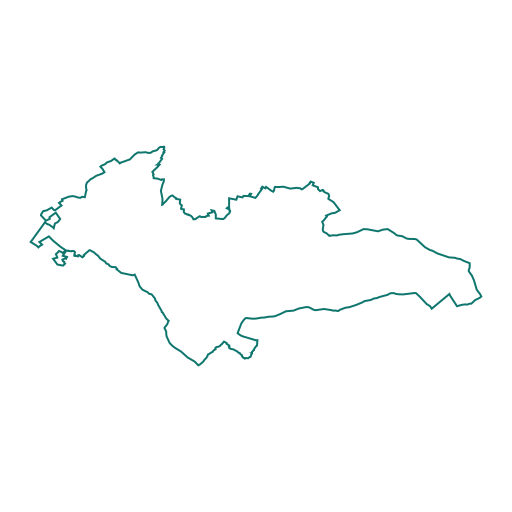 outline of Chinteni, Cluj, Romania
{"feature_id": "2599482B62695638429632", "entity_name": "Chinteni", "entity_type": "district", "adm_level": 2, "iso_a3": "ROU", "parent_name": "Romania", "parent_adm1": "Cluj", "projection": "robinson", "projection_center": [23.558, 46.886], "detail": "fine", "context": "isolated", "style": "outline", "palette": "teal", "viewbox_px": 512, "rotation_deg": 0, "n_neighbors": 0, "source": "geoboundaries", "source_scale": "gbopen_adm2", "svg_char_len": 6018}
<svg xmlns="http://www.w3.org/2000/svg" viewBox="0 0 512 512"><path d="M469.7,263.2L463.8,260.9L460.4,259.1L456.9,258.5L455.0,257.8L449.1,257.4L437.5,253.5L432.4,250.7L430.1,250.1L425.1,247.3L416.8,239.6L414.9,239.0L409.1,238.9L406.8,238.6L402.2,236.2L397.5,235.5L396.3,235.0L394.4,233.3L387.7,229.1L383.0,229.6L378.0,231.3L367.5,229.3L363.5,229.1L357.1,232.2L352.5,233.5L343.2,234.2L338.8,234.8L337.1,235.4L332.6,235.3L329.4,235.9L329.2,235.3L328.3,234.9L326.6,233.3L324.0,232.1L323.2,231.2L322.8,230.2L322.8,228.9L323.5,225.1L322.2,221.8L324.2,219.9L325.8,217.7L326.9,216.5L326.2,215.6L331.8,213.3L334.9,212.9L339.7,210.2L333.5,202.1L328.4,198.9L328.6,197.4L328.9,197.2L329.1,196.2L329.1,195.5L328.3,193.8L324.4,192.1L323.2,190.9L323.5,190.5L322.7,189.9L320.0,191.1L318.0,189.0L318.0,187.3L312.7,185.3L313.8,182.8L310.7,181.6L309.6,183.0L309.9,183.3L309.6,183.7L302.6,189.0L301.7,189.4L300.1,188.2L297.8,188.1L297.1,187.8L290.2,188.6L283.3,186.7L278.2,187.1L275.0,186.9L274.6,187.5L274.0,190.6L273.2,191.7L271.4,190.8L266.1,186.9L265.4,188.3L262.3,186.7L261.1,188.5L262.0,189.0L257.9,194.6L257.6,195.4L255.4,197.9L249.6,196.2L251.1,193.9L250.5,193.7L250.2,194.1L249.7,193.9L248.4,196.1L243.5,195.9L242.5,197.4L237.5,196.3L236.3,199.7L229.1,198.3L229.1,207.2L228.7,207.5L227.4,207.5L226.8,208.3L228.6,209.0L229.3,208.9L229.4,210.3L230.0,210.6L230.2,211.3L229.6,212.1L229.7,212.5L229.3,213.2L226.6,215.5L224.7,218.1L223.1,219.1L215.8,218.4L215.8,214.5L214.3,210.9L211.6,210.3L212.4,212.3L207.9,213.5L208.8,215.7L207.8,215.8L207.7,215.4L207.4,215.5L205.7,216.6L205.5,217.0L202.3,216.9L201.5,217.2L199.8,216.2L195.8,218.7L195.6,219.1L193.4,219.3L193.0,218.2L192.1,217.0L190.6,215.6L188.7,214.8L188.4,215.0L188.0,214.4L187.1,214.5L186.6,214.0L185.2,213.7L183.8,212.1L183.9,210.3L183.8,209.3L181.3,209.1L181.0,208.3L181.7,206.3L181.8,205.3L181.1,205.0L179.8,203.4L180.2,199.6L176.4,199.0L176.0,198.8L176.3,198.3L174.2,197.0L172.6,195.5L171.2,195.8L169.4,197.0L165.7,201.4L162.9,204.0L162.6,204.7L162.1,204.8L162.5,200.3L162.4,198.3L160.9,190.8L162.4,184.8L163.9,181.1L163.9,179.3L161.8,179.4L161.5,180.0L157.4,178.6L153.7,178.2L153.5,176.5L153.1,175.4L153.6,174.3L153.1,173.9L153.0,172.8L152.4,172.1L152.4,171.8L157.6,166.9L159.4,164.8L157.9,164.7L158.0,164.4L157.8,164.4L158.3,164.1L158.3,163.4L158.9,163.1L162.1,158.8L161.0,157.9L162.2,156.1L162.0,155.6L164.2,152.5L163.5,152.1L164.7,150.6L163.6,149.2L164.3,147.7L164.3,147.0L164.0,146.7L163.0,147.0L160.8,146.9L160.0,147.2L158.7,148.0L157.9,149.3L156.4,150.4L152.8,151.3L150.5,152.9L148.2,152.9L145.5,152.2L140.4,152.6L138.0,152.4L134.7,154.5L129.9,159.4L120.6,162.7L119.8,163.4L117.8,161.3L116.5,160.4L116.4,160.0L116.0,160.1L114.9,159.2L114.7,158.5L114.4,158.5L111.2,160.9L106.8,162.5L104.9,164.3L101.3,165.8L100.4,166.7L102.4,168.8L104.5,172.2L102.1,173.7L96.2,175.8L92.5,178.3L90.8,179.0L88.5,181.3L87.1,182.3L86.1,184.8L86.0,187.6L86.6,190.3L86.2,190.8L84.8,197.2L82.0,196.8L80.5,197.8L78.2,197.6L75.4,196.6L72.6,196.1L68.7,196.7L62.0,199.3L62.6,200.8L60.5,201.8L59.0,202.9L61.5,205.5L55.0,210.3L54.0,210.1L51.7,207.6L46.6,210.4L43.2,211.1L41.1,214.4L41.0,215.4L45.2,219.9L45.7,220.8L49.8,218.8L49.5,217.2L55.8,212.7L60.2,219.0L58.0,221.9L54.9,223.6L53.7,228.2L52.6,227.0L51.5,226.4L49.2,224.7L47.5,224.2L44.9,222.4L30.7,242.0L36.8,245.8L38.4,247.4L39.7,246.1L42.1,244.7L39.4,242.0L48.9,236.4L53.1,240.7L60.9,247.1L66.1,250.5L64.5,251.4L62.8,253.1L61.9,252.2L59.0,251.0L57.4,252.9L55.9,254.1L57.3,257.6L53.1,258.8L57.5,264.6L63.0,265.6L64.7,264.1L65.0,263.6L64.4,263.4L64.1,262.1L64.2,261.8L62.8,261.0L62.4,259.6L65.8,258.2L66.2,258.6L67.0,256.9L62.8,255.8L65.0,252.4L66.5,250.7L68.1,250.7L68.1,250.9L71.6,251.3L71.9,251.0L74.0,251.1L75.0,252.1L74.3,255.0L74.9,255.1L74.7,255.9L76.6,256.0L77.9,256.4L78.3,255.2L79.1,255.5L79.3,255.2L82.5,257.3L84.1,255.8L83.7,255.2L89.4,250.2L90.0,250.2L94.2,252.5L95.2,253.6L98.2,255.9L100.2,258.6L105.2,261.8L106.2,263.4L108.8,264.5L109.3,265.6L110.1,266.2L111.9,267.0L115.7,267.2L117.0,268.8L116.6,269.2L121.2,272.9L132.7,275.3L134.7,274.6L138.3,282.4L139.5,286.0L140.3,287.2L142.5,289.7L147.5,292.2L149.3,293.9L151.3,294.2L152.1,294.9L155.1,298.7L155.4,300.5L157.2,302.6L158.4,305.4L161.5,310.7L161.8,312.1L162.5,312.4L166.3,318.6L168.7,320.9L168.3,321.3L167.2,324.4L164.6,327.5L164.5,328.1L166.2,331.5L166.3,334.6L166.7,336.6L169.7,343.1L172.8,346.2L175.4,348.1L181.0,351.5L187.7,357.5L194.7,361.6L198.3,365.3L200.0,364.4L202.5,362.3L203.8,360.9L204.5,359.6L205.5,358.8L207.4,356.4L207.5,355.4L208.2,354.3L209.0,354.1L211.0,352.6L212.5,352.1L212.6,351.6L213.8,350.3L215.6,349.2L215.3,348.1L215.5,347.7L216.7,347.0L218.5,346.7L220.1,345.9L220.9,344.8L222.0,344.0L224.0,341.6L226.6,343.0L226.5,343.7L229.1,345.4L228.8,346.1L229.5,346.6L229.1,347.9L230.8,348.9L233.9,349.5L234.7,350.2L236.9,351.2L238.6,352.8L239.6,352.9L240.6,354.4L241.7,354.9L242.0,355.6L241.9,356.0L242.7,356.9L242.7,357.4L243.3,357.8L244.1,357.9L244.9,358.6L245.4,358.1L248.3,358.2L249.4,357.2L250.5,356.9L251.1,355.5L251.2,354.5L251.8,353.5L251.6,353.3L252.0,353.3L252.0,351.9L252.9,351.1L253.2,350.4L254.0,350.1L254.3,348.6L256.3,346.0L257.0,345.6L257.4,340.2L256.0,340.3L242.9,336.4L240.6,335.4L237.6,333.2L241.3,323.5L243.2,320.7L244.5,319.1L246.0,318.0L252.6,318.7L255.9,318.6L261.1,317.7L264.7,317.5L267.9,316.8L273.2,316.5L275.2,316.1L280.1,314.1L285.9,311.3L293.6,310.6L298.8,308.5L306.6,307.0L309.3,307.4L313.7,309.8L315.6,310.2L324.0,309.0L331.3,310.1L333.5,310.7L334.5,310.5L338.3,311.0L339.9,309.8L345.5,307.7L349.3,307.2L356.0,305.0L362.3,302.4L364.5,301.1L370.7,300.0L373.9,298.5L377.2,298.0L379.1,297.1L387.7,294.8L389.6,293.6L391.5,293.1L393.9,293.1L395.4,293.8L398.9,294.3L403.3,294.4L414.7,293.0L416.1,293.2L420.3,297.2L426.6,304.0L430.1,306.2L431.7,308.7L449.4,294.0L450.2,295.8L457.0,306.2L462.0,304.8L465.2,304.4L467.3,304.6L469.6,303.7L471.3,303.7L475.1,300.1L479.6,297.9L481.3,296.5L480.2,294.3L476.7,289.6L474.1,280.7L471.9,275.6L468.8,271.3L468.7,270.5L469.7,267.3L469.7,263.2Z" fill="none" stroke="#0f766e" stroke-width="2"/></svg>